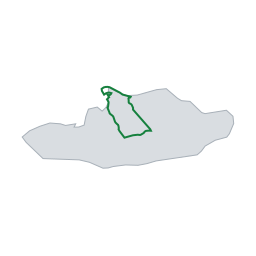 where Clarendon sits in Jamaica, rotated 163°
{"feature_id": "JAM-1370", "entity_name": "Clarendon", "entity_type": "Parish", "adm_level": 1, "iso_a3": "JAM", "parent_name": "Jamaica", "parent_adm1": "", "projection": "robinson", "projection_center": [-77.269, 17.954], "detail": "fine", "context": "in_parent", "style": "outline", "palette": "green", "viewbox_px": 256, "rotation_deg": 163, "n_neighbors": 0, "source": "natural_earth", "source_scale": "10m", "svg_char_len": 1854}
<svg xmlns="http://www.w3.org/2000/svg" viewBox="0 0 256 256"><g transform="rotate(163 128 128)"><path d="M129.3,89.4L141.2,93.4L153.4,95.5L158.7,95.6L163.7,96.9L174.9,106.5L184.0,111.8L218.2,123.6L229.6,144.0L231.8,150.3L222.9,154.1L211.8,155.4L201.2,155.6L191.3,151.7L187.0,148.7L176.8,147.3L179.3,144.6L174.8,143.3L169.1,143.6L164.9,151.4L160.3,157.6L151.3,157.0L147.8,151.7L143.1,154.1L139.4,158.0L134.8,172.6L127.5,165.3L119.6,159.3L109.6,156.8L89.4,156.3L79.9,154.4L72.0,142.0L68.9,138.5L60.9,135.3L53.0,121.2L50.1,119.2L28.7,116.2L24.2,108.5L25.6,101.4L32.7,92.9L36.2,90.4L48.1,90.8L59.5,88.2L64.5,84.5L69.7,82.1L110.8,88.3L120.3,88.4L129.3,89.4Z" fill="#d9dde1" stroke="#a8b0b8" stroke-width="1"/><path d="M141.7,153.5L141.0,153.9L139.4,157.4L139.0,158.5L139.7,161.6L139.0,161.9L137.8,162.7L137.1,163.0L137.3,163.6L137.5,164.8L137.7,165.5L136.7,164.9L135.7,164.9L134.6,165.3L133.7,166.2L135.4,167.3L137.2,167.7L139.1,167.6L141.1,166.9L142.1,171.1L141.8,173.1L139.4,173.9L137.4,173.8L135.5,173.3L133.7,172.4L125.3,164.1L123.5,161.6L116.3,157.1L116.6,156.8L116.8,156.6L117.1,156.5L117.9,156.6L118.2,156.6L118.5,156.6L118.7,156.4L118.9,156.2L119.0,155.9L119.2,154.5L119.8,152.5L119.8,152.1L119.7,151.7L119.5,151.3L118.4,150.3L117.9,149.6L117.7,149.1L117.6,148.5L117.4,146.9L117.3,146.2L117.3,145.6L117.6,144.8L117.8,144.1L107.1,120.3L106.9,118.7L109.2,119.5L111.7,120.0L112.1,119.9L112.6,119.8L113.3,119.5L113.6,119.3L114.3,118.7L114.5,118.6L117.8,117.8L118.3,117.8L118.8,117.9L120.6,118.7L125.4,119.6L134.2,119.8L137.0,127.5L137.4,129.5L137.0,130.2L136.7,131.3L136.5,132.9L136.6,133.5L136.6,133.9L137.0,134.5L137.2,134.8L137.7,135.7L138.3,136.8L138.5,137.5L138.6,138.1L138.7,142.0L138.7,142.8L138.9,143.5L139.0,143.8L139.1,144.1L141.0,146.8L141.2,147.3L141.3,147.8L141.2,148.1L141.7,153.5Z" fill="none" stroke="#15803d" stroke-width="2"/></g></svg>